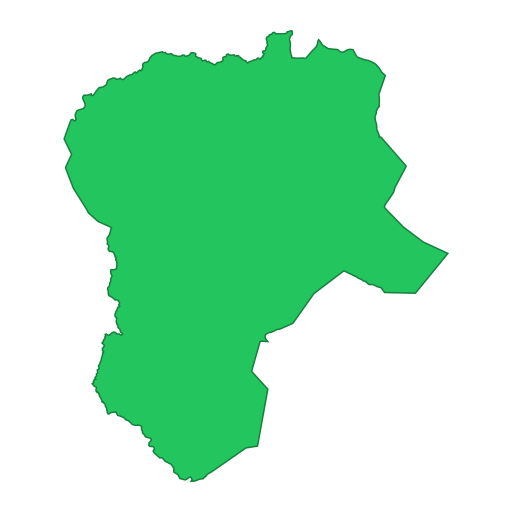 outline of Mabote, Inhambane, Mozambique
{"feature_id": "85939544B65323255513357", "entity_name": "Mabote", "entity_type": "district", "adm_level": 2, "iso_a3": "MOZ", "parent_name": "Mozambique", "parent_adm1": "Inhambane", "projection": "albers", "projection_center": [33.733, -22.104], "detail": "fine", "context": "isolated", "style": "filled", "palette": "green", "viewbox_px": 512, "rotation_deg": 0, "n_neighbors": 0, "source": "geoboundaries", "source_scale": "gbopen_adm2", "svg_char_len": 5865}
<svg xmlns="http://www.w3.org/2000/svg" viewBox="0 0 512 512"><path d="M191.1,481.3L194.6,481.1L199.8,479.1L203.2,478.7L204.2,477.4L205.6,476.6L207.3,474.4L210.2,472.5L211.1,472.2L246.0,447.9L257.5,446.1L267.8,389.2L251.6,371.3L260.0,341.8L261.3,341.2L267.8,341.6L266.0,339.4L265.1,337.6L265.3,335.2L266.3,334.0L268.8,332.7L271.7,332.1L277.2,329.5L279.8,329.1L292.8,323.4L313.9,293.6L343.9,270.8L356.7,277.0L358.3,278.2L361.6,279.5L363.1,280.8L365.5,281.4L368.5,284.2L370.3,284.6L373.3,284.6L377.3,286.7L381.1,287.7L384.6,292.5L415.4,293.2L447.9,253.4L423.0,241.9L403.3,227.0L385.3,208.5L384.6,207.5L384.5,206.5L384.9,205.1L393.5,192.5L395.1,187.2L405.8,167.0L406.1,166.0L380.9,137.1L379.2,137.0L379.0,134.8L376.7,129.1L376.6,124.7L375.5,120.8L375.0,117.1L375.2,115.9L376.2,113.6L376.3,111.5L377.0,109.7L378.0,107.7L379.4,106.4L379.1,105.7L379.4,99.4L378.9,95.1L379.0,93.9L385.3,75.6L381.8,72.2L378.7,67.4L375.8,64.3L373.4,62.7L368.8,60.6L364.4,59.7L357.4,57.2L355.7,54.8L353.2,49.9L352.4,49.6L350.3,49.3L347.7,49.7L343.5,52.0L341.6,52.2L340.1,51.7L337.9,49.6L328.4,48.7L322.5,45.1L320.0,41.2L318.7,39.7L317.8,41.3L317.3,44.5L315.9,47.2L310.9,52.3L305.8,58.3L304.8,58.5L303.3,58.0L296.9,58.2L291.8,57.8L291.6,55.7L290.8,54.2L290.7,52.5L290.2,50.8L290.3,49.3L289.9,47.9L290.3,46.9L290.4,42.8L289.4,39.7L290.0,37.2L290.9,35.6L292.3,34.4L292.1,31.1L291.0,30.7L288.2,31.7L287.2,31.8L287.0,32.8L284.9,33.8L276.0,33.8L274.5,32.5L273.5,32.4L272.6,32.8L271.4,34.4L269.4,34.7L268.8,36.3L267.1,37.0L266.5,37.8L266.3,38.6L266.5,40.0L267.1,41.4L266.9,43.1L267.5,44.1L267.5,44.9L266.7,47.1L266.0,47.9L265.6,50.1L264.8,50.9L263.2,51.0L262.7,51.6L262.9,53.0L263.9,53.4L264.0,53.8L263.9,54.6L262.9,55.5L262.7,56.9L261.5,57.4L261.0,58.6L260.5,59.1L259.6,59.0L258.8,58.1L257.5,58.2L255.9,59.8L253.5,60.0L252.4,60.8L249.1,61.8L247.6,62.9L246.2,61.9L245.9,60.8L243.2,60.0L240.4,57.4L238.9,56.9L238.6,56.5L238.7,55.9L238.3,55.6L236.7,55.6L236.2,56.1L235.5,56.1L234.7,55.6L234.4,55.0L233.9,54.8L231.7,55.3L228.8,54.8L228.2,54.0L226.6,54.5L226.0,56.4L223.2,57.2L222.8,58.0L223.2,60.2L221.8,61.4L219.3,62.5L217.9,62.4L216.5,63.3L215.5,64.5L214.5,64.8L213.6,64.5L212.5,63.6L210.6,63.0L208.3,61.3L207.6,61.8L206.7,61.9L205.7,60.2L204.2,60.3L202.6,60.9L202.1,60.5L200.9,58.2L198.6,57.8L195.8,56.3L195.5,55.6L195.8,54.4L195.6,53.7L194.1,52.9L192.1,52.7L191.0,52.9L189.0,55.4L185.4,56.4L184.3,55.2L183.2,55.1L182.5,55.1L180.8,56.2L177.3,56.2L175.8,55.6L173.2,55.3L171.4,53.6L169.4,54.1L167.1,54.1L166.4,53.7L165.4,52.4L163.4,52.7L162.4,51.8L159.5,52.5L158.4,52.5L157.8,53.1L156.4,53.0L155.4,53.3L153.8,54.5L151.9,55.5L151.3,56.5L150.0,57.5L149.6,59.0L148.5,61.0L146.5,62.3L144.6,62.4L142.9,63.9L142.6,65.0L143.0,66.6L141.6,70.4L140.7,70.6L139.8,70.0L137.5,71.9L136.8,72.9L136.2,72.9L135.4,72.0L134.6,72.2L131.6,74.8L129.8,75.0L126.6,76.5L123.6,79.5L122.3,79.5L121.0,78.8L120.4,78.1L118.9,79.0L116.3,79.2L115.1,78.2L113.2,78.0L108.9,79.6L107.6,80.7L106.3,84.8L103.0,87.0L99.2,87.6L96.2,91.1L93.9,94.6L93.1,95.3L91.6,95.6L91.3,95.2L91.4,94.0L91.2,93.8L88.7,95.0L83.8,95.3L83.0,96.6L82.6,98.2L85.1,104.0L85.2,105.4L84.7,106.9L83.3,108.6L78.1,110.1L76.7,111.1L75.2,114.6L75.3,116.2L76.0,118.9L75.8,119.9L75.4,120.5L74.5,120.9L72.5,119.4L70.9,120.0L64.1,138.9L71.6,154.4L66.4,165.5L65.7,167.4L65.7,168.2L73.2,187.9L86.9,209.8L88.5,213.0L98.1,221.5L111.6,227.6L111.2,228.3L109.5,234.8L107.5,237.4L107.0,238.7L107.5,242.4L107.2,244.0L108.2,244.8L108.8,245.7L108.8,247.0L108.1,248.5L108.5,250.2L109.8,251.4L112.6,251.8L114.1,253.3L114.5,254.9L115.3,255.8L115.1,256.9L116.2,257.6L115.7,259.7L116.6,261.4L117.0,263.1L116.6,264.2L117.1,265.7L116.5,267.2L116.6,268.5L115.1,269.5L112.9,269.8L111.2,269.6L110.8,270.0L110.7,272.9L111.1,273.3L111.2,274.4L112.0,276.0L111.9,276.7L111.0,277.8L110.5,279.8L110.8,281.5L109.9,282.6L109.4,285.8L107.8,287.8L107.6,289.7L108.3,290.7L108.2,293.0L108.7,293.6L108.4,294.3L108.8,295.5L111.4,296.9L113.7,298.5L114.8,299.8L115.7,300.1L116.8,299.8L117.9,300.2L119.5,302.6L119.5,303.8L118.9,304.3L118.7,304.8L119.6,305.7L119.7,306.5L118.4,306.9L117.5,307.6L117.6,308.5L115.8,311.9L115.0,314.4L115.0,315.9L115.1,316.6L116.3,317.4L116.5,318.0L116.6,319.2L116.2,321.5L117.0,324.3L118.2,326.1L117.9,327.4L119.9,329.3L120.6,332.0L122.5,333.6L122.7,334.1L122.2,334.7L120.9,335.2L119.4,334.0L117.2,334.0L114.8,332.2L113.8,332.0L112.5,332.5L109.0,335.3L108.0,335.2L106.3,334.0L105.2,334.4L105.1,334.8L105.7,335.9L104.9,336.8L105.3,337.7L103.6,340.0L103.3,341.6L102.1,342.7L102.0,343.0L104.0,344.9L104.4,346.0L103.5,346.9L103.2,347.7L102.3,348.5L102.7,349.3L102.4,350.4L102.6,350.9L103.6,351.6L103.7,351.9L103.5,352.4L102.6,352.9L103.0,353.8L102.3,354.8L102.4,356.0L101.6,357.6L101.1,360.8L100.4,361.5L99.8,363.9L98.4,366.1L99.1,367.8L98.7,369.1L97.3,370.0L97.6,372.7L97.3,373.3L96.4,374.0L96.5,376.0L95.1,377.4L95.0,377.9L95.8,379.2L94.3,379.7L93.3,381.7L93.6,382.9L92.2,383.8L94.3,386.2L95.9,387.0L96.5,387.6L95.9,389.8L96.3,391.5L97.2,391.5L97.5,391.8L97.2,392.5L98.5,392.7L98.8,394.0L99.4,394.3L99.3,395.2L99.5,396.4L100.6,397.7L100.9,398.8L101.6,399.3L101.9,401.7L102.5,402.1L102.7,401.6L103.2,401.7L103.8,402.7L103.8,403.1L104.7,403.5L105.3,404.8L105.2,405.8L106.6,408.2L106.7,409.7L107.2,411.0L107.2,412.3L108.0,413.9L108.8,414.0L111.0,412.6L115.0,412.0L116.1,412.2L117.6,415.3L121.0,416.3L123.7,417.6L126.0,419.9L128.1,420.6L130.3,422.3L132.3,424.5L135.5,425.3L139.4,425.2L141.1,426.0L141.7,427.4L141.5,429.3L142.6,431.8L142.5,432.8L144.7,435.2L145.0,436.2L146.1,437.2L150.1,438.0L151.4,439.3L150.9,440.9L149.1,442.8L148.8,445.5L150.1,446.5L152.6,446.5L153.6,447.0L154.4,448.6L154.3,449.2L153.4,450.4L153.2,451.3L154.6,453.3L159.8,457.9L162.3,457.8L165.3,461.4L171.4,464.4L174.0,468.8L173.7,470.7L174.0,472.2L178.0,474.7L179.8,478.5L185.1,479.9L186.8,479.2L189.6,477.1L190.3,477.0L191.1,477.7L192.1,479.6L191.1,481.3Z" fill="#22c55e" stroke="#15803d" stroke-width="1.5"/></svg>